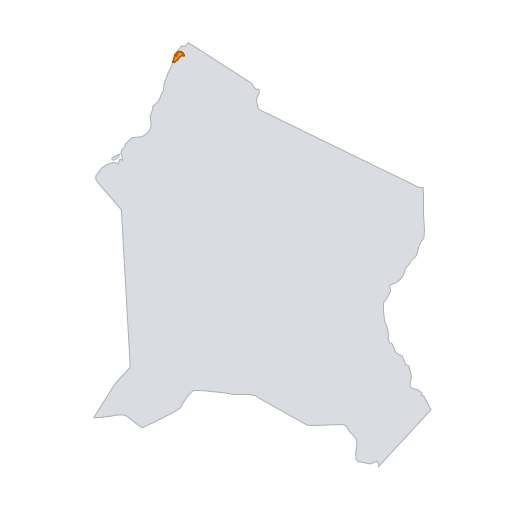 Msambweni, Coast, Kenya shown in context, rotated 177°
{"feature_id": "3690345B18525828088972", "entity_name": "Msambweni", "entity_type": "district", "adm_level": 2, "iso_a3": "KEN", "parent_name": "Kenya", "parent_adm1": "Coast", "projection": "orthographic", "projection_center": [39.484, -4.373], "detail": "fine", "context": "in_parent", "style": "filled", "palette": "amber", "viewbox_px": 512, "rotation_deg": 177, "n_neighbors": 0, "source": "geoboundaries", "source_scale": "gbopen_adm2", "svg_char_len": 5133}
<svg xmlns="http://www.w3.org/2000/svg" viewBox="0 0 512 512"><g transform="rotate(177 256 256)"><path d="M85.6,315.7L85.5,308.4L86.5,289.9L86.4,273.6L87.3,265.5L91.3,260.3L93.2,256.5L94.5,251.3L96.6,247.0L101.4,243.5L102.2,241.6L107.3,235.7L110.3,228.3L112.6,225.7L115.4,223.4L117.4,222.1L120.7,220.9L123.3,220.2L123.8,219.6L124.0,218.4L123.2,213.8L124.3,212.2L126.1,209.1L128.1,206.3L129.9,204.4L131.0,202.5L131.4,199.3L131.5,197.0L131.5,193.2L131.0,184.7L128.8,177.6L127.5,169.6L128.5,167.0L126.9,162.3L126.0,162.1L124.7,161.1L122.9,156.7L121.6,152.7L120.8,151.7L115.1,148.2L112.3,139.9L109.1,138.1L107.5,129.9L107.1,127.5L109.0,119.3L108.8,117.4L106.9,115.7L101.6,114.0L97.3,110.6L97.8,109.4L98.2,108.2L95.9,107.4L89.3,93.4L97.9,85.0L106.6,76.4L117.7,65.5L128.0,55.6L136.8,47.0L144.6,39.3L144.4,40.8L144.5,42.7L145.4,43.9L147.0,44.7L149.3,43.8L151.2,42.6L153.1,42.4L164.9,45.5L166.8,48.2L166.7,51.2L167.2,53.4L166.3,55.5L165.2,62.1L165.5,68.1L169.0,72.6L172.1,76.0L174.6,80.9L176.4,82.4L179.0,83.2L187.1,83.4L199.1,83.6L210.6,83.9L211.6,84.0L214.1,84.7L224.7,91.3L234.4,97.3L242.6,102.6L250.6,107.7L258.4,112.7L264.4,116.8L270.3,118.1L280.0,118.7L286.7,118.9L292.8,120.6L302.0,122.2L308.9,123.1L313.0,124.0L324.5,124.9L326.4,124.4L331.5,119.8L337.2,112.3L339.4,108.2L346.7,104.1L359.6,98.4L368.7,94.4L378.8,90.4L383.3,93.9L389.7,99.5L392.5,102.3L394.8,103.5L398.2,104.4L402.4,104.4L404.7,104.3L409.4,103.6L420.3,102.9L426.5,103.0L421.3,110.5L415.0,119.4L403.4,135.8L394.6,144.5L388.0,151.0L387.4,152.2L387.4,159.5L387.5,177.5L387.6,213.3L387.8,249.2L387.9,285.2L388.0,303.2L388.0,309.2L393.9,316.8L399.6,324.2L407.2,334.0L411.2,339.3L411.9,341.0L411.7,344.5L405.5,351.9L400.3,355.2L393.5,356.8L391.4,356.5L388.7,355.4L387.7,357.2L386.9,359.9L385.3,359.3L384.2,358.5L384.9,363.4L385.6,365.8L384.5,369.1L381.2,371.9L380.9,374.3L373.7,380.6L363.4,381.2L358.0,384.4L355.6,386.9L353.8,392.5L354.4,401.1L351.6,407.7L351.1,411.0L345.8,415.2L343.4,419.2L341.7,423.2L340.2,424.9L338.4,433.9L335.9,439.3L335.3,441.1L334.6,442.7L332.7,445.9L331.5,448.1L330.6,449.6L324.4,463.5L319.5,469.8L315.7,469.1L313.2,471.5L312.9,472.7L311.5,472.0L308.4,469.7L301.8,465.0L295.2,460.3L288.7,455.5L282.1,450.8L275.6,446.1L269.0,441.4L262.5,436.6L255.9,431.9L252.0,429.2L250.3,427.5L249.0,424.3L248.3,423.5L246.6,422.4L244.5,422.2L244.0,421.6L244.0,420.0L244.7,417.7L247.1,413.4L247.3,410.9L246.9,408.0L246.1,403.3L245.4,402.3L241.1,399.8L232.0,394.8L222.9,389.7L213.7,384.7L204.6,379.6L195.5,374.5L186.4,369.5L177.3,364.4L168.2,359.4L159.1,354.3L150.0,349.3L140.9,344.3L131.8,339.2L122.7,334.2L113.6,329.2L104.5,324.2L95.4,319.1L92.0,317.2L88.9,315.7L85.6,315.7ZM388.7,364.3L387.1,364.7L387.9,362.2L392.6,359.1L394.5,359.8L394.9,360.5L394.8,361.2L394.0,361.8L388.7,364.3Z" fill="#d9dde1" stroke="#a8b0b8" stroke-width="1"/><path d="M323.5,464.3L323.6,464.2L323.7,463.9L323.8,463.8L323.8,463.7L324.0,463.6L324.0,463.4L324.3,463.2L324.5,463.1L324.6,462.9L324.7,462.7L324.6,462.4L324.6,462.2L324.6,461.9L324.4,461.9L324.3,462.0L324.2,462.0L324.1,461.9L324.3,461.9L324.5,461.8L324.5,461.7L324.6,461.8L324.8,461.9L324.8,462.0L324.8,462.3L324.8,462.5L324.9,462.4L324.9,462.2L325.0,462.2L325.0,461.9L325.1,462.0L325.1,461.9L325.1,461.7L325.2,461.4L325.1,461.2L325.0,460.9L325.1,460.7L325.2,460.4L325.2,460.2L325.3,460.1L325.2,460.1L325.3,460.2L325.4,460.3L325.4,460.2L325.5,460.2L325.6,460.3L325.6,460.5L325.6,460.4L325.7,460.5L325.7,460.4L325.8,460.4L326.0,460.3L326.2,460.6L326.3,460.8L326.3,461.0L326.3,461.3L326.2,461.3L326.1,461.6L326.3,461.7L326.5,461.5L326.5,461.4L326.5,461.2L326.6,460.9L326.6,460.7L326.7,460.4L326.7,460.2L326.8,459.9L326.8,459.7L326.9,459.4L327.0,459.2L327.2,458.8L327.2,458.7L327.4,458.5L327.4,458.4L327.4,458.2L327.5,457.8L327.6,457.6L327.7,457.4L327.8,457.0L327.9,456.8L328.1,456.3L328.2,456.2L328.3,456.0L328.3,455.8L328.4,455.6L328.6,455.3L328.7,455.1L328.7,454.9L328.9,454.6L328.9,454.4L329.0,454.1L328.9,454.1L328.9,453.9L328.7,453.9L328.6,454.0L328.5,453.9L328.4,453.9L328.3,454.0L328.2,454.1L327.9,454.1L327.7,454.0L327.5,453.9L327.4,453.8L327.4,453.7L327.5,453.7L327.4,453.6L327.2,453.7L327.2,453.8L326.9,454.0L326.7,454.1L326.5,454.3L326.4,454.3L326.3,454.5L326.2,454.6L326.1,454.8L326.0,455.0L325.9,455.1L325.7,455.1L325.4,455.1L325.2,455.2L325.1,455.3L324.9,455.3L324.7,455.5L324.4,455.8L324.3,456.0L324.2,456.1L323.9,456.0L323.7,456.4L323.4,457.3L323.2,457.4L323.2,457.5L322.9,457.6L320.2,460.0L319.5,459.8L319.3,459.8L318.0,459.6L317.4,459.5L317.3,459.8L317.2,459.8L317.1,460.0L317.1,460.3L317.2,460.5L317.2,460.8L317.3,460.8L317.5,460.8L317.8,460.8L317.9,461.0L317.9,461.3L318.0,461.4L318.2,461.5L318.3,461.6L318.2,461.7L318.2,461.9L318.3,461.9L318.3,462.0L318.2,462.1L318.3,462.2L318.3,462.3L318.5,462.2L318.8,462.2L319.0,462.2L319.2,462.3L319.2,462.5L319.2,462.8L319.3,462.8L319.3,463.0L319.5,463.5L319.7,463.9L319.8,463.9L319.8,464.0L320.0,464.1L320.4,463.7L320.6,463.8L320.8,463.9L321.0,463.8L321.0,463.7L321.2,463.8L321.4,463.9L321.6,464.2L321.7,464.3L321.8,464.3L322.0,464.2L322.3,464.0L322.5,463.8L322.8,463.5L322.9,463.4L323.2,463.9L323.5,464.3Z" fill="#f59e0b" stroke="#b45309" stroke-width="1.5"/></g></svg>